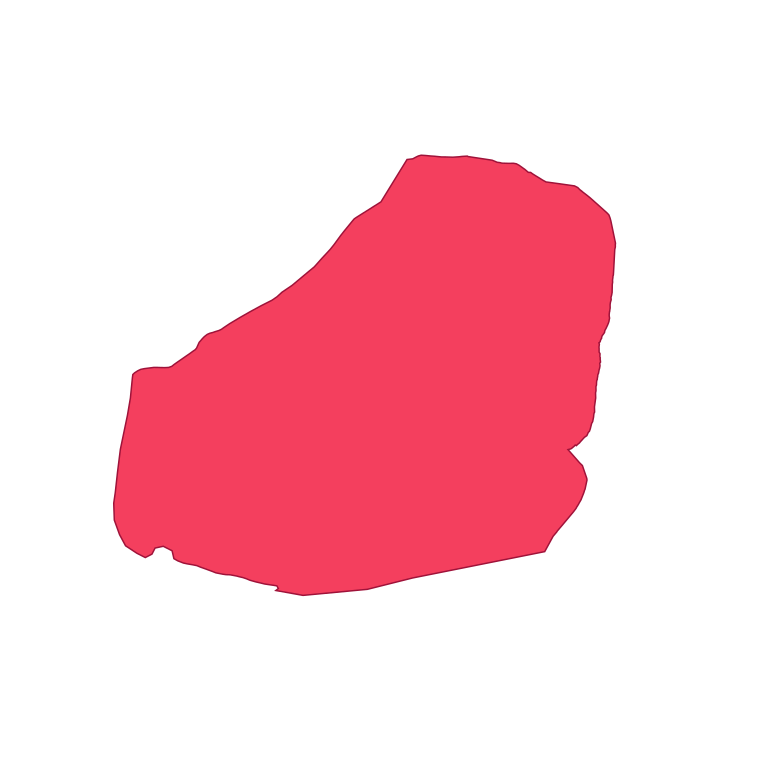 Union/Ti Morne, Gros Islet, Saint Lucia, rotated 297°
{"feature_id": "8701671B35889486410430", "entity_name": "Union/Ti Morne", "entity_type": "district", "adm_level": 2, "iso_a3": "LCA", "parent_name": "Saint Lucia", "parent_adm1": "Gros Islet", "projection": "robinson", "projection_center": [-60.952, 14.023], "detail": "fine", "context": "isolated", "style": "filled", "palette": "rose", "viewbox_px": 768, "rotation_deg": 297, "n_neighbors": 0, "source": "geoboundaries", "source_scale": "gbopen_adm2", "svg_char_len": 3555}
<svg xmlns="http://www.w3.org/2000/svg" viewBox="0 0 768 768"><g transform="rotate(297 384 384)"><path d="M307.6,603.3L325.1,603.8L330.6,605.1L331.4,605.1L340.7,607.3L356.4,610.9L360.5,611.6L363.1,611.6L362.5,611.7L365.2,611.9L366.4,611.9L368.3,612.0L369.6,612.1L370.4,612.1L377.8,611.4L380.6,610.9L381.5,610.9L390.5,608.5L391.6,607.8L392.2,607.3L401.4,597.8L402.6,594.0L409.1,577.7L410.9,579.8L411.8,580.4L413.3,581.0L414.6,581.6L416.4,582.1L416.4,583.4L417.7,583.8L418.7,584.2L420.2,584.9L421.3,585.1L427.5,586.8L430.1,588.2L433.6,588.0L435.2,588.5L438.0,588.1L439.2,587.8L443.2,586.9L445.2,587.0L446.3,586.7L449.8,585.7L451.5,585.0L453.3,584.4L454.6,584.4L455.3,584.0L459.2,581.9L464.1,580.2L465.5,579.7L467.6,579.0L472.2,576.5L474.1,576.0L475.7,575.2L476.4,574.8L478.0,574.0L479.5,573.8L481.6,572.8L483.6,572.0L484.8,572.0L485.9,571.5L487.7,571.0L489.3,570.3L490.8,570.3L494.4,569.2L495.7,569.0L498.3,568.2L500.4,566.8L501.8,567.0L503.8,565.7L504.4,565.2L505.4,564.9L506.6,563.8L508.4,563.0L507.4,563.5L509.1,562.7L510.1,561.2L512.4,560.0L513.2,559.6L514.5,558.8L517.3,557.8L518.2,556.8L519.4,557.3L520.3,557.3L521.6,557.0L523.8,557.1L524.4,556.7L525.0,556.6L526.1,556.5L528.4,556.9L530.0,557.1L531.9,556.5L534.4,556.6L536.9,556.5L537.6,556.5L538.7,556.4L540.1,556.3L542.0,556.0L543.5,555.5L544.3,555.3L545.1,555.1L546.3,554.2L547.0,553.7L548.4,553.0L551.4,551.9L550.7,552.3L552.5,551.6L554.4,551.0L557.2,549.5L558.0,549.2L559.9,548.6L562.1,548.2L564.3,546.9L566.0,546.6L566.8,546.4L569.1,545.7L571.8,544.4L573.9,543.4L575.9,542.4L576.6,542.1L577.9,541.7L578.5,541.5L579.9,540.7L580.5,540.4L582.8,539.6L584.2,539.0L585.2,538.9L588.0,537.7L608.5,528.6L611.2,527.9L614.0,526.4L613.5,526.8L614.6,526.3L632.3,512.1L634.5,510.1L636.7,507.7L637.0,507.0L637.6,505.3L640.2,495.6L643.5,483.0L644.4,478.7L645.1,474.9L645.9,470.7L645.5,473.3L646.1,470.1L647.0,467.5L647.0,463.8L642.1,449.5L637.9,437.5L637.6,436.8L637.7,432.8L638.0,429.6L638.4,424.3L638.6,422.0L638.8,420.3L639.1,418.6L638.1,416.5L639.1,412.4L640.2,405.2L640.3,402.0L639.5,399.3L637.1,394.7L634.3,388.8L633.9,386.8L632.9,384.1L632.8,382.1L632.5,378.8L631.2,374.8L624.8,355.6L624.9,354.8L622.2,350.2L620.4,347.5L617.3,342.3L614.3,335.9L612.4,332.1L609.9,325.7L608.2,321.7L606.6,317.6L604.7,313.2L602.8,311.1L601.0,309.7L597.7,307.4L595.6,304.3L594.5,302.6L544.9,298.6L519.8,283.7L517.6,282.5L514.6,281.8L502.7,279.2L496.7,278.0L485.5,276.2L479.3,274.9L468.1,271.7L456.7,268.7L450.7,266.1L430.1,257.3L419.4,251.4L413.2,249.1L407.7,246.1L398.0,239.0L387.8,232.0L377.9,225.5L367.7,219.1L361.6,215.7L358.9,214.3L356.7,212.6L354.0,209.8L352.1,208.0L350.3,205.9L348.0,204.0L344.6,202.4L341.7,201.5L339.5,201.0L337.2,200.4L333.0,200.6L330.9,200.7L328.8,200.2L325.9,198.6L322.7,197.0L319.4,195.2L313.6,192.1L309.9,190.1L306.1,188.1L303.4,186.9L301.0,184.6L299.1,181.3L297.2,177.4L295.9,174.6L294.3,171.4L291.9,167.9L288.9,163.5L286.6,160.6L284.0,158.6L280.7,156.7L278.4,155.9L275.3,157.0L256.4,164.4L239.7,169.6L206.3,178.7L184.7,186.5L165.4,193.8L155.1,197.3L140.3,205.5L129.7,216.8L122.5,227.2L122.2,230.1L121.0,240.6L121.0,250.1L127.1,254.5L133.9,254.5L139.2,261.0L139.2,270.9L133.0,276.1L132.8,280.5L133.4,286.5L134.4,290.3L136.0,295.4L137.2,299.7L137.5,303.5L138.3,309.7L139.1,316.5L139.4,319.9L141.4,326.9L142.4,329.8L144.1,333.4L146.0,339.9L146.5,342.3L147.5,346.3L148.0,349.8L148.3,353.7L149.5,359.7L150.6,364.1L151.6,368.4L153.5,374.1L154.3,376.4L155.5,380.2L153.8,382.7L150.9,381.4L158.9,407.8L193.5,462.4L224.2,497.6L307.6,603.3Z" fill="#f43f5e" stroke="#9f1239" stroke-width="1.5"/></g></svg>